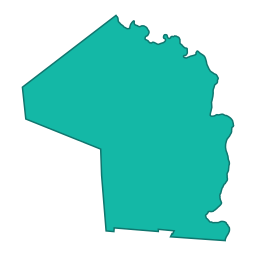 Nuevo Laredo, Tamaulipas, Mexico
{"feature_id": "50627088B36584167330730", "entity_name": "Nuevo Laredo", "entity_type": "district", "adm_level": 2, "iso_a3": "MEX", "parent_name": "Mexico", "parent_adm1": "Tamaulipas", "projection": "robinson", "projection_center": [-99.568, 27.475], "detail": "fine", "context": "isolated", "style": "filled", "palette": "teal", "viewbox_px": 256, "rotation_deg": 0, "n_neighbors": 0, "source": "geoboundaries", "source_scale": "gbopen_adm2", "svg_char_len": 5820}
<svg xmlns="http://www.w3.org/2000/svg" viewBox="0 0 256 256"><path d="M106.1,230.9L113.9,231.6L114.2,227.9L158.3,231.5L158.3,229.3L174.1,230.8L172.6,234.0L172.0,233.7L170.5,236.8L197.5,238.7L225.2,240.6L225.2,240.3L225.2,239.8L225.3,239.3L225.5,238.9L225.9,237.6L227.2,235.3L227.9,234.2L228.4,233.3L228.7,232.6L229.3,231.1L229.4,230.6L229.5,229.9L229.4,228.0L229.2,227.5L228.3,226.2L227.8,225.5L227.6,225.1L227.6,224.9L227.5,224.6L226.7,224.1L226.4,223.6L226.3,223.2L226.1,222.7L225.5,222.3L224.6,221.8L223.8,221.6L222.8,221.4L222.0,221.4L221.2,221.4L220.6,221.6L220.1,221.8L218.9,222.4L218.4,222.5L217.9,222.6L215.2,222.6L213.2,222.7L212.5,222.6L211.8,222.1L211.5,222.0L210.7,222.1L210.4,222.1L210.0,221.9L209.6,221.6L207.5,219.1L207.1,218.8L206.5,218.4L206.3,218.1L205.9,216.8L205.6,216.0L205.6,215.7L205.6,215.4L205.9,214.9L206.6,214.3L207.1,213.8L207.7,213.0L208.0,212.6L208.2,212.2L208.2,211.9L208.3,211.7L208.9,211.5L209.7,211.4L210.7,211.6L211.4,211.6L212.0,211.5L213.3,211.2L214.1,210.4L214.8,210.1L216.7,208.5L218.1,207.1L219.8,205.6L220.7,204.6L221.2,203.9L221.4,203.4L221.5,203.1L221.5,202.7L220.9,201.1L220.3,199.6L220.0,198.1L219.9,197.5L220.0,196.3L219.9,196.1L219.8,195.8L219.8,195.7L219.8,195.2L220.1,194.3L220.4,193.4L220.7,193.3L220.8,192.9L221.0,192.2L221.3,190.8L221.7,189.6L221.8,189.0L222.1,188.1L222.8,187.2L223.4,185.6L223.8,185.1L223.8,184.8L224.0,184.4L224.3,184.1L224.7,183.9L225.1,183.5L225.4,183.1L225.7,182.6L226.0,182.1L226.8,181.0L227.0,180.7L227.2,180.3L227.4,179.5L227.4,178.5L227.3,177.8L227.1,177.5L227.1,177.1L227.2,176.2L227.1,175.2L227.0,174.0L227.2,173.2L227.4,172.9L228.4,170.6L228.5,170.0L228.6,168.6L228.7,168.0L228.9,165.7L229.3,164.3L229.4,163.5L229.3,162.4L229.2,161.8L229.0,161.3L228.8,160.8L228.5,160.0L228.3,159.3L228.2,158.7L228.0,156.8L227.8,155.8L227.3,154.4L227.2,153.7L226.2,151.0L226.0,150.4L225.7,148.6L225.5,147.2L225.6,144.7L225.7,143.8L226.5,140.6L226.9,139.7L227.0,139.3L227.5,138.6L229.0,136.7L229.6,135.9L230.4,134.3L231.1,133.2L231.4,132.4L231.5,132.1L231.6,131.7L231.6,130.4L231.8,128.4L231.8,127.9L232.1,127.4L232.3,127.1L233.1,126.6L233.3,126.4L233.5,125.8L233.6,125.6L233.4,125.1L233.2,123.3L233.1,122.8L232.9,122.3L232.7,121.3L232.6,120.8L232.3,120.3L231.6,119.3L230.8,118.4L230.4,118.0L228.5,116.6L226.6,115.6L226.1,115.5L225.4,115.5L225.0,115.4L224.7,115.2L223.2,114.4L222.8,114.2L222.5,114.2L221.8,114.2L220.4,114.5L219.6,114.7L218.5,114.9L218.0,114.9L217.3,114.7L216.7,114.7L215.6,115.2L215.3,115.5L214.6,115.8L213.9,116.0L212.6,116.2L212.0,116.2L211.4,116.2L210.8,115.9L210.4,115.5L210.2,115.3L210.2,114.6L210.3,113.8L210.7,112.0L211.1,110.6L211.2,110.1L211.5,108.7L211.8,107.6L211.8,107.0L211.5,102.1L211.6,101.8L212.0,100.5L212.2,99.5L212.4,98.5L212.7,97.1L212.9,96.1L213.2,93.0L213.1,91.5L213.2,89.8L213.6,88.5L213.9,87.8L214.3,86.4L214.4,85.9L214.7,85.0L215.0,84.7L216.7,83.3L217.0,83.0L217.3,82.4L217.4,82.1L217.5,80.9L217.4,80.6L217.5,80.1L218.1,78.9L218.2,78.5L218.1,77.8L217.6,77.0L217.2,76.1L216.4,74.9L216.1,74.6L213.8,73.6L213.0,72.9L212.6,72.5L212.1,72.4L211.5,72.0L210.9,71.5L210.4,71.1L209.9,70.5L209.7,70.0L209.0,69.0L207.0,64.6L206.8,64.1L206.4,61.8L205.9,60.0L205.4,58.3L204.9,57.2L204.6,56.7L204.1,56.0L203.5,55.5L202.7,54.9L200.5,53.5L199.6,52.8L198.1,51.4L197.7,51.1L197.4,51.1L197.1,51.1L196.9,51.4L196.2,52.4L196.0,52.8L196.0,53.3L196.0,53.6L196.1,53.9L196.0,54.1L195.8,54.4L194.6,55.1L191.4,56.0L190.5,56.2L188.6,57.1L187.9,57.3L186.7,57.9L186.4,58.0L186.1,58.0L185.8,58.0L185.4,57.9L185.0,57.7L184.7,57.7L184.4,57.6L183.8,57.2L183.7,57.0L183.5,56.5L183.6,56.1L183.6,55.9L183.8,55.7L184.1,55.5L185.2,55.5L185.5,55.4L186.0,55.1L186.4,54.6L186.8,54.0L187.3,53.0L187.3,51.3L187.2,49.4L187.2,49.0L187.1,48.6L186.9,48.4L186.6,48.2L185.3,48.0L184.8,47.8L184.3,47.5L183.9,47.1L182.3,45.6L182.0,45.2L181.8,44.8L181.5,44.5L181.0,44.3L180.7,44.1L180.4,43.8L180.2,43.5L180.0,43.2L180.0,42.2L179.9,40.0L179.9,39.4L179.6,39.0L179.4,38.5L179.2,38.0L179.0,37.7L178.3,37.1L177.4,36.8L176.6,36.3L176.4,36.2L176.1,36.1L175.7,36.2L175.4,36.1L175.2,36.0L174.9,35.9L174.5,36.0L173.7,36.6L173.3,36.7L173.0,36.6L172.2,36.4L171.9,36.4L171.3,36.7L171.0,36.9L170.7,37.2L170.6,37.5L170.6,37.8L170.4,38.0L170.0,38.2L169.6,38.4L169.3,38.4L168.9,38.4L168.6,38.3L168.1,38.0L167.8,37.6L167.5,37.2L167.4,36.3L167.0,35.3L166.7,34.9L166.1,34.7L164.9,34.7L164.5,34.8L164.2,35.1L163.9,35.5L163.5,36.9L163.5,37.4L163.6,37.7L163.8,38.2L164.2,38.4L164.7,38.6L165.0,38.8L165.3,39.1L165.5,39.5L165.5,39.8L165.5,40.3L165.4,40.7L164.9,41.5L164.4,41.9L163.6,42.5L163.2,42.7L160.9,43.4L159.9,43.8L158.7,44.3L158.2,44.3L157.8,44.3L157.3,44.1L156.2,43.5L154.2,42.5L153.5,42.3L153.0,42.2L152.5,42.3L152.3,42.4L152.0,42.7L151.7,42.9L151.2,43.0L150.7,42.9L150.2,42.9L149.8,42.8L149.5,42.4L149.3,42.2L148.4,41.6L148.1,40.8L147.2,40.3L146.1,39.8L145.5,39.5L145.3,39.3L145.1,39.0L145.1,38.5L145.2,37.4L145.6,36.6L145.9,36.4L147.2,35.7L147.5,35.6L148.0,34.8L148.5,33.9L148.9,33.0L149.0,32.6L149.0,32.2L148.9,31.2L148.7,30.9L147.8,29.6L147.1,28.2L146.8,27.8L146.3,27.3L145.9,27.0L144.8,26.4L144.3,26.1L143.9,25.9L143.2,25.9L142.0,25.8L141.1,26.1L140.6,26.4L140.0,26.6L139.3,26.7L138.8,26.5L137.9,26.1L137.4,25.7L136.8,25.5L135.6,25.1L134.9,24.7L134.6,24.2L134.3,23.8L134.2,23.2L134.2,22.4L134.3,21.4L134.2,21.1L133.7,20.9L133.4,21.0L131.9,22.5L131.4,23.3L131.0,23.8L130.7,24.3L130.4,25.1L129.8,27.3L129.8,27.9L129.8,28.2L129.6,28.4L129.1,28.5L127.9,28.7L127.5,28.7L126.6,28.5L126.4,28.4L126.1,28.1L125.7,27.8L124.3,27.2L123.7,26.7L123.1,25.9L122.2,25.3L121.7,24.8L121.4,24.6L121.2,24.6L120.9,24.3L120.5,24.0L120.3,23.7L120.1,23.3L119.6,23.0L118.6,21.8L118.3,21.3L118.2,20.9L118.1,19.6L117.9,18.9L118.0,18.6L117.8,17.9L117.6,17.4L117.1,16.7L116.7,16.4L116.0,15.4L22.4,87.2L25.8,119.0L100.7,149.1L101.6,175.3L106.1,230.9Z" fill="#14b8a6" stroke="#0f766e" stroke-width="1.5"/></svg>